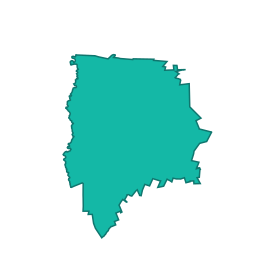 Manuel Benavides, Chihuahua, Mexico, rotated 245°
{"feature_id": "50627088B76577839440191", "entity_name": "Manuel Benavides", "entity_type": "district", "adm_level": 2, "iso_a3": "MEX", "parent_name": "Mexico", "parent_adm1": "Chihuahua", "projection": "mercator", "projection_center": [-103.724, 28.922], "detail": "fine", "context": "isolated", "style": "filled", "palette": "teal", "viewbox_px": 256, "rotation_deg": 245, "n_neighbors": 0, "source": "geoboundaries", "source_scale": "gbopen_adm2", "svg_char_len": 5636}
<svg xmlns="http://www.w3.org/2000/svg" viewBox="0 0 256 256"><g transform="rotate(245 128 128)"><path d="M156.6,204.9L159.8,197.5L164.0,198.8L165.6,195.6L161.3,194.1L164.8,185.7L167.4,187.9L169.0,185.5L171.8,191.4L178.5,179.7L179.4,180.5L188.5,161.9L188.0,161.3L194.2,150.4L195.6,148.7L198.0,144.7L199.0,147.0L199.5,147.1L199.8,147.2L200.1,146.7L200.2,146.4L200.5,146.2L200.6,145.7L200.6,145.4L200.8,144.9L200.7,144.1L200.5,143.1L200.2,142.6L199.9,141.8L199.9,141.3L199.7,140.9L199.6,140.5L199.1,139.5L199.2,139.0L205.0,131.3L207.4,128.6L216.0,112.1L216.3,111.9L216.3,111.7L215.8,111.4L215.0,110.7L214.8,110.1L215.0,109.9L215.7,109.3L216.1,108.7L216.4,107.8L216.4,107.5L216.2,107.2L215.7,107.0L215.0,107.0L213.8,108.4L213.3,108.8L212.9,109.0L212.6,109.1L212.0,109.0L211.1,108.6L210.5,107.9L210.1,106.6L210.4,106.5L210.9,106.6L211.4,106.6L211.8,106.5L212.5,106.0L212.7,105.7L212.8,105.4L212.8,104.7L212.7,104.2L212.6,103.9L212.2,103.5L211.2,103.2L210.2,103.2L209.6,102.8L209.4,102.9L209.0,103.6L209.1,104.3L208.9,104.8L208.7,105.7L208.7,106.1L208.5,106.6L208.3,106.9L207.7,108.1L207.3,108.5L207.0,108.5L206.0,108.3L205.0,107.8L203.9,107.5L203.2,107.5L202.7,107.4L202.6,107.5L202.4,107.8L202.2,107.8L202.1,107.7L202.0,107.4L202.0,106.4L201.9,105.8L201.8,105.6L201.4,105.3L201.1,105.2L200.7,105.7L199.8,106.0L199.5,105.9L199.2,105.6L198.9,104.3L197.2,104.6L196.7,104.4L196.7,103.8L196.7,103.7L196.3,103.5L195.9,103.7L195.3,103.6L194.8,103.8L194.0,103.4L193.8,103.3L193.8,103.0L194.3,102.7L194.5,102.4L194.3,102.0L193.6,101.1L193.7,100.7L192.5,100.3L191.6,99.8L190.9,99.0L190.8,97.9L190.9,97.5L189.0,97.6L188.9,97.7L188.8,98.4L188.6,98.8L187.8,98.7L187.4,98.8L187.0,98.7L186.8,98.3L186.6,97.9L187.2,96.4L187.3,95.6L187.3,95.2L187.2,95.0L186.3,94.5L186.0,93.9L185.1,93.3L184.5,92.8L183.5,91.4L183.0,90.2L182.8,90.1L182.5,90.2L181.8,90.5L181.5,90.5L181.3,90.5L181.1,90.3L181.0,89.9L181.1,89.6L181.3,89.3L181.7,88.9L181.8,88.5L181.7,88.3L181.1,88.0L180.3,88.2L180.0,88.1L179.4,87.7L179.1,87.7L177.7,87.7L177.5,87.3L177.7,86.7L177.8,86.1L177.7,84.8L177.6,84.3L176.4,83.6L175.3,83.1L175.0,82.8L174.5,82.9L174.1,82.8L173.5,83.1L173.3,83.1L173.0,83.0L172.7,82.5L172.6,81.9L172.6,81.5L172.9,81.1L173.0,80.8L172.7,80.4L172.3,80.0L172.2,80.0L171.4,80.6L170.4,80.7L169.5,81.1L169.0,81.0L167.7,81.6L166.8,81.8L165.3,81.7L164.3,80.7L164.1,80.5L164.0,80.0L163.1,79.7L162.4,78.7L162.0,78.6L160.8,79.1L159.8,79.0L159.2,79.1L158.9,79.3L158.4,79.9L158.2,80.0L157.4,79.6L157.0,79.5L156.2,79.8L155.6,80.3L155.2,80.4L155.0,80.0L155.0,79.5L155.0,79.3L154.7,79.1L154.0,77.8L153.6,77.5L152.6,77.5L152.4,77.2L151.7,76.9L151.0,76.9L150.1,76.7L149.5,76.4L149.1,76.4L148.4,76.0L147.1,76.1L146.6,76.1L146.3,75.7L145.9,74.8L145.7,74.6L144.9,74.7L144.6,74.6L144.0,74.6L143.8,74.7L143.6,75.3L143.3,75.4L143.1,75.4L142.9,75.2L142.0,73.3L141.7,73.1L141.2,72.8L141.0,71.9L139.8,71.1L139.2,70.4L138.7,69.3L138.8,68.7L138.6,68.4L139.0,67.9L139.0,67.5L138.7,67.0L137.6,67.4L136.8,67.5L136.4,67.4L136.2,67.3L136.1,66.7L136.5,66.3L136.6,65.8L136.5,65.5L136.1,65.2L136.0,64.8L135.6,64.7L135.0,64.9L134.2,65.9L134.2,66.5L133.9,67.2L132.7,67.3L132.5,67.0L132.4,66.6L131.7,65.8L131.8,65.3L131.9,64.8L131.8,63.2L131.9,62.8L132.0,62.6L132.6,62.6L132.8,62.3L132.9,61.4L132.6,60.1L131.6,58.6L131.5,58.1L131.2,58.1L130.5,58.1L129.1,59.3L128.9,59.4L128.4,59.4L127.4,59.0L127.3,58.4L126.9,57.8L127.1,57.2L127.0,56.9L126.8,56.5L126.0,56.3L125.4,56.7L124.7,57.0L124.0,57.3L123.7,57.3L123.0,56.8L122.3,56.6L122.0,56.4L121.8,55.6L121.7,55.5L120.9,55.3L120.6,55.2L119.9,55.2L119.5,55.1L118.5,54.8L118.1,54.9L117.7,55.1L117.2,55.2L116.7,54.7L116.1,55.0L115.9,54.9L115.5,54.5L114.3,54.0L113.8,54.1L113.3,54.3L113.3,54.8L112.8,55.3L112.5,55.3L110.7,53.6L110.4,53.6L108.2,54.3L107.5,54.2L107.3,53.9L107.3,53.1L106.5,52.4L106.1,52.2L105.2,52.4L103.8,52.5L102.9,52.0L102.0,52.1L101.3,51.6L100.9,51.7L99.8,51.3L99.1,51.4L98.5,51.1L98.1,51.7L98.1,54.2L97.6,63.3L96.6,63.9L86.3,59.0L83.3,57.7L75.8,54.3L71.6,52.1L69.1,57.4L66.5,55.4L64.8,59.1L56.1,56.5L50.9,56.1L39.6,57.8L40.1,59.4L40.1,60.2L40.3,60.8L41.0,61.9L41.0,62.4L41.4,63.1L41.8,63.5L42.9,65.4L43.1,65.9L43.1,66.4L43.2,66.6L43.9,67.3L44.0,67.5L44.7,68.0L44.8,68.4L44.7,68.4L45.9,71.0L45.6,71.2L45.4,75.9L49.0,76.2L48.7,80.7L56.0,81.1L55.9,85.8L54.3,85.6L54.4,87.0L61.9,87.3L64.2,90.7L65.5,93.1L61.5,95.2L61.5,95.7L64.4,94.6L67.3,98.7L67.7,98.6L67.8,98.7L67.6,99.4L67.6,99.9L67.3,100.4L67.0,100.7L65.7,101.4L65.2,102.2L64.7,102.7L67.6,108.5L68.1,110.3L64.5,110.1L62.7,110.2L62.0,110.0L61.1,111.3L65.7,114.9L69.8,119.4L66.4,123.1L71.6,129.1L66.8,134.4L66.3,135.2L61.6,129.9L60.8,133.0L60.2,135.7L65.1,141.8L64.3,142.3L62.6,143.7L60.6,144.9L62.0,146.3L63.5,147.6L61.5,150.2L59.5,154.3L59.5,154.7L59.2,156.9L59.1,158.1L53.9,157.4L53.2,161.1L53.6,161.0L53.7,162.0L53.4,162.3L52.3,165.2L49.6,164.2L47.1,170.0L53.8,169.6L53.2,171.8L59.6,175.4L59.8,175.9L59.9,176.1L60.8,176.0L60.9,175.9L61.1,176.1L61.6,176.1L61.8,175.9L61.8,175.7L61.6,175.0L61.7,174.9L61.9,174.9L62.1,174.8L62.0,174.7L61.9,174.2L62.3,173.9L62.1,173.5L62.0,173.0L62.1,172.7L62.5,173.1L62.9,173.3L63.2,173.8L63.4,173.9L65.6,176.4L67.0,177.8L71.6,171.8L76.9,176.6L79.1,178.0L83.1,185.1L83.8,186.5L82.5,193.6L88.9,202.0L89.2,201.9L89.8,201.0L97.0,192.2L97.1,192.3L105.9,192.7L106.1,198.3L121.1,192.9L142.3,202.2L145.3,193.1L149.0,195.9L149.3,195.8L149.9,196.0L150.2,195.6L150.3,195.6L150.5,195.3L151.2,194.8L152.6,192.9L153.3,192.4L153.3,192.1L153.8,192.0L154.0,193.1L154.4,193.7L155.5,196.1L155.5,197.2L159.1,195.2L158.3,197.9L158.2,198.7L158.3,199.2L158.2,199.9L157.9,200.1L157.7,201.8L157.3,202.3L157.1,203.0L156.6,204.9Z" fill="#14b8a6" stroke="#0f766e" stroke-width="1.5"/></g></svg>